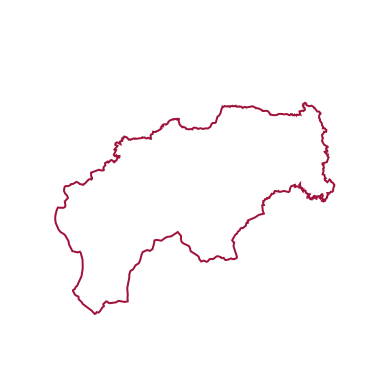 outline of Prachantakham, Prachin Buri, Thailand, rotated 245°
{"feature_id": "78962969B79436242048830", "entity_name": "Prachantakham", "entity_type": "district", "adm_level": 2, "iso_a3": "THA", "parent_name": "Thailand", "parent_adm1": "Prachin Buri", "projection": "albers", "projection_center": [101.555, 14.221], "detail": "fine", "context": "isolated", "style": "outline", "palette": "rose", "viewbox_px": 384, "rotation_deg": 245, "n_neighbors": 0, "source": "geoboundaries", "source_scale": "gbopen_adm2", "svg_char_len": 6092}
<svg xmlns="http://www.w3.org/2000/svg" viewBox="0 0 384 384"><g transform="rotate(245 192 192)"><path d="M256.6,255.8L255.7,255.2L254.6,253.7L251.7,251.4L250.0,249.2L249.4,246.8L245.0,243.0L244.9,241.8L245.8,239.9L245.5,238.7L243.3,236.1L242.9,233.4L244.3,230.2L244.3,228.9L246.4,226.4L246.5,224.3L248.4,222.9L249.5,221.0L249.3,219.5L248.6,218.8L249.5,217.7L250.1,215.7L251.6,213.4L252.9,213.4L254.8,211.5L254.7,210.6L258.6,209.3L262.1,210.0L263.7,211.0L264.4,210.1L264.0,209.0L265.1,208.4L265.4,206.7L266.0,206.0L265.6,205.5L266.0,204.9L266.2,202.3L265.5,200.2L264.4,198.9L264.1,197.5L264.1,196.8L264.7,196.5L265.3,194.3L265.1,193.7L264.0,193.5L264.5,192.9L264.2,191.8L263.0,191.6L263.0,190.6L262.3,190.4L261.8,186.6L262.1,185.1L261.7,184.4L263.1,182.1L261.2,180.9L261.4,179.3L260.6,178.3L257.6,177.3L258.1,176.4L259.6,175.3L259.8,173.3L261.6,171.9L261.9,170.4L262.5,170.1L262.1,169.5L263.8,163.9L264.4,163.5L264.3,162.6L265.2,161.9L265.2,159.8L265.6,159.3L265.3,158.4L266.2,157.3L266.1,156.9L269.0,156.0L270.7,154.3L270.3,154.0L270.6,153.0L269.5,152.3L270.0,151.4L268.0,150.5L268.6,150.0L268.0,149.1L268.1,148.0L265.6,147.4L268.7,145.1L268.6,143.4L267.2,142.4L265.2,144.0L263.3,139.6L262.4,140.0L262.7,140.9L262.2,141.1L258.7,136.8L257.2,137.3L257.2,138.8L256.1,138.4L255.5,138.9L255.9,140.3L255.3,141.5L254.0,140.7L254.4,138.9L252.5,136.8L252.7,134.6L251.9,134.5L251.9,133.9L254.3,133.1L255.2,132.1L254.0,128.7L254.2,128.4L255.2,128.4L254.9,125.4L252.8,124.7L252.0,122.6L250.9,121.7L249.3,121.5L249.0,120.9L249.9,118.8L251.5,117.1L252.2,108.7L248.4,107.1L247.4,107.5L246.1,106.9L245.8,106.1L246.6,105.5L247.0,103.7L244.9,98.4L244.9,96.8L244.5,96.5L246.7,93.6L248.3,93.0L250.0,91.5L249.6,87.6L250.3,85.6L249.7,84.9L249.6,83.6L249.9,81.6L250.8,80.1L250.4,78.7L247.9,76.8L246.6,76.4L244.3,76.4L241.4,77.3L239.0,77.0L237.2,72.7L233.9,71.8L232.8,71.3L232.0,70.2L232.1,68.5L234.6,63.8L232.2,61.2L227.9,57.9L225.1,56.5L221.5,55.4L214.2,55.2L211.2,56.0L207.7,58.3L205.9,58.8L199.6,59.3L196.5,58.4L189.0,58.6L185.7,62.6L185.2,65.2L183.8,65.4L176.9,64.2L168.8,60.6L162.4,56.3L155.5,48.2L155.0,46.4L153.6,44.8L153.4,42.8L152.6,42.3L148.4,42.6L147.0,43.3L145.2,44.9L142.6,44.0L138.7,45.5L136.7,45.7L126.7,51.0L122.6,52.3L122.4,53.2L123.4,54.7L122.2,56.4L123.0,58.5L125.2,61.9L125.8,64.0L127.3,63.9L127.9,64.3L129.1,67.8L128.9,68.5L126.6,69.7L125.9,70.7L124.1,76.5L124.4,79.5L120.9,84.3L120.0,87.5L123.5,88.9L125.9,90.3L132.3,92.7L140.8,98.9L143.9,100.4L146.5,102.9L146.8,106.0L149.4,109.8L149.8,113.0L150.3,114.2L152.3,116.4L156.5,119.8L158.4,121.9L158.4,126.7L156.4,129.0L157.0,132.1L161.3,135.8L164.0,137.5L163.7,139.5L160.8,143.7L161.8,148.5L161.7,151.0L160.6,154.2L161.7,162.2L156.8,163.5L153.8,162.0L151.2,161.5L149.0,162.5L144.3,166.4L141.9,166.4L138.9,165.8L131.7,170.3L130.1,170.7L127.8,170.3L125.1,171.0L124.8,173.7L122.5,175.8L122.5,177.0L123.7,179.6L122.3,183.1L123.2,186.7L123.0,188.1L121.0,190.5L119.7,190.7L118.9,192.9L117.1,193.1L116.1,193.7L115.4,196.3L115.3,199.3L114.1,200.3L113.3,202.2L113.3,204.5L114.4,205.4L124.6,206.6L125.7,206.9L128.4,208.9L129.4,208.3L131.3,208.0L134.3,212.2L134.9,213.1L135.3,215.2L136.6,216.7L137.2,219.2L138.4,220.5L138.5,221.8L137.8,222.7L138.7,226.5L140.8,228.1L140.4,229.2L141.1,229.3L141.3,230.3L142.3,230.2L142.6,230.6L142.3,238.0L143.0,243.1L142.0,248.0L145.3,248.3L150.2,250.0L149.8,251.7L152.0,251.7L152.2,252.2L153.7,252.7L153.6,254.3L154.6,255.0L154.1,257.3L154.8,257.6L154.0,259.6L154.8,260.0L154.9,260.8L156.7,263.5L156.2,263.9L156.2,266.2L157.1,266.4L157.9,267.3L157.4,268.5L156.2,269.9L156.4,270.8L155.4,271.1L154.9,271.8L154.0,276.0L151.1,279.5L151.5,280.8L153.8,282.4L155.3,284.3L155.0,288.4L154.1,288.3L153.5,287.3L152.9,287.4L152.9,289.3L151.5,291.0L152.1,291.9L153.3,292.4L153.8,293.4L152.7,292.8L150.8,292.6L150.2,291.6L149.2,293.4L148.0,292.6L147.5,292.7L147.4,293.6L146.8,292.9L145.4,293.0L146.0,294.3L145.8,294.9L144.9,295.5L143.3,294.8L142.4,295.6L140.9,295.8L140.9,296.7L140.1,297.8L139.1,296.0L138.9,294.5L138.1,294.2L137.5,296.2L135.6,296.1L134.8,297.3L135.8,297.7L136.0,298.6L134.9,298.4L135.0,300.4L136.5,300.3L136.9,301.0L136.6,301.7L133.3,301.8L133.3,302.3L135.2,303.2L134.8,304.8L131.8,305.6L132.2,306.1L134.0,305.8L135.1,308.6L134.9,309.2L133.1,308.9L132.1,307.4L131.4,307.0L129.5,308.3L129.6,306.8L129.1,306.0L127.9,307.0L127.7,308.7L128.9,309.9L129.9,312.1L130.8,312.3L131.9,313.9L132.8,314.0L132.7,314.9L133.6,314.7L132.8,316.2L133.5,317.9L132.9,319.2L133.3,320.2L136.0,321.9L137.4,323.6L138.4,323.6L138.6,324.0L141.0,323.5L142.5,322.3L143.4,322.6L145.2,322.1L143.7,318.8L146.3,317.6L147.6,317.6L147.9,319.0L149.0,318.6L151.5,319.2L152.8,317.9L155.7,320.3L157.4,320.5L158.1,321.8L160.7,322.2L161.0,322.7L161.9,321.9L162.8,322.3L162.1,326.9L165.8,330.5L167.5,329.9L168.5,331.1L169.5,330.0L172.3,329.2L172.4,330.2L171.4,331.0L171.4,331.7L172.2,332.1L174.0,331.7L175.0,332.1L175.2,333.8L175.7,334.1L179.1,331.7L183.4,331.4L185.6,333.5L186.4,333.3L188.7,333.9L190.1,336.7L190.8,337.2L189.9,339.0L191.3,340.0L193.7,339.1L194.4,337.5L195.7,338.4L197.5,338.0L199.4,338.7L202.7,338.1L204.0,338.8L205.2,338.5L206.3,338.9L207.9,339.9L208.6,340.8L208.6,341.6L209.1,341.7L211.1,341.2L212.1,339.5L215.8,338.8L216.0,338.3L217.3,338.3L219.7,336.8L220.3,334.3L222.0,332.8L222.5,332.4L223.9,332.9L224.3,332.0L225.0,332.0L224.7,329.8L223.3,329.6L223.2,328.9L221.0,329.0L220.7,329.6L218.7,329.0L218.3,327.1L219.0,326.7L219.6,323.5L216.4,322.9L217.0,322.4L216.7,321.4L217.7,320.0L217.3,319.2L217.8,319.2L218.1,317.8L218.7,317.6L218.3,317.0L219.4,315.4L220.1,315.6L220.8,314.5L220.4,313.7L220.6,312.5L222.6,310.9L223.5,308.1L224.8,306.4L226.2,303.4L225.9,302.0L226.3,300.2L227.7,297.5L229.1,296.1L229.0,295.7L232.4,295.3L233.9,294.2L235.6,290.2L236.2,290.2L238.8,288.4L240.7,286.1L240.8,285.4L241.6,285.2L244.1,283.1L245.6,276.9L246.2,276.7L247.0,275.2L246.8,273.4L248.5,272.8L249.2,271.1L249.6,271.0L250.0,269.3L251.4,268.4L251.1,268.1L251.6,267.8L251.9,266.4L252.8,265.5L252.6,265.1L253.5,263.6L253.6,262.8L253.1,262.3L254.5,261.2L254.5,260.1L256.1,257.9L255.8,256.7L256.6,255.8Z" fill="none" stroke="#9f1239" stroke-width="2"/></g></svg>